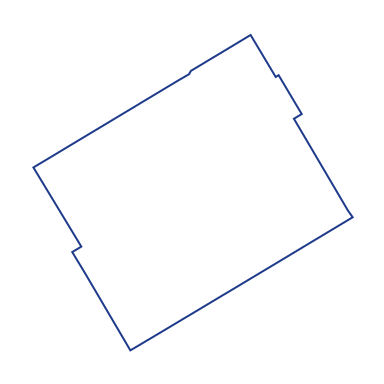 Powder River, Montana, United States of America (Natural Earth projection), rotated 149°
{"feature_id": "52423323B99413017913661", "entity_name": "Powder River", "entity_type": "district", "adm_level": 2, "iso_a3": "USA", "parent_name": "United States of America", "parent_adm1": "Montana", "projection": "natural_earth1", "projection_center": [-105.736, 45.391], "detail": "fine", "context": "isolated", "style": "outline", "palette": "blue", "viewbox_px": 384, "rotation_deg": 149, "n_neighbors": 0, "source": "geoboundaries", "source_scale": "gbopen_adm2", "svg_char_len": 426}
<svg xmlns="http://www.w3.org/2000/svg" viewBox="0 0 384 384"><g transform="rotate(149 192 192)"><path d="M76.2,87.6L67.3,87.6L67.9,95.9L66.9,202.3L57.8,202.3L57.6,247.5L61.0,247.5L60.9,296.4L110.5,296.4L130.5,296.4L133.4,294.8L133.6,294.5L147.2,294.7L246.1,294.7L307.3,294.7L315.3,294.7L315.0,202.2L325.6,202.2L325.5,178.4L326.4,88.0L290.4,87.8L186.4,87.6L76.2,87.6Z" fill="none" stroke="#1e3a8a" stroke-width="2"/></g></svg>